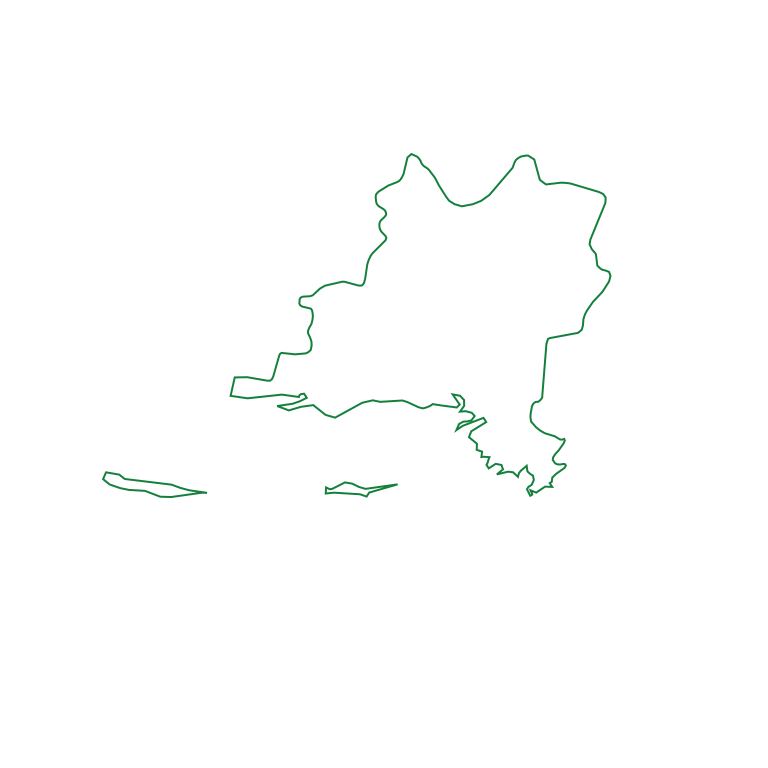 outline of Šibensko-Kninska, rotated 327°
{"feature_id": "HRV-1491", "entity_name": "Šibensko-Kninska", "entity_type": "County", "adm_level": 1, "iso_a3": "HRV", "parent_name": "Croatia", "parent_adm1": "", "projection": "orthographic", "projection_center": [15.941, 43.766], "detail": "fine", "context": "isolated", "style": "outline", "palette": "green", "viewbox_px": 768, "rotation_deg": 327, "n_neighbors": 0, "source": "natural_earth", "source_scale": "10m", "svg_char_len": 3694}
<svg xmlns="http://www.w3.org/2000/svg" viewBox="0 0 768 768"><g transform="rotate(327 384 384)"><path d="M471.4,557.4L469.0,557.4L469.0,561.9L463.2,557.8L452.5,558.0L449.0,552.9L448.7,554.0L448.7,556.0L448.1,557.5L445.8,557.4L446.6,550.1L449.2,548.9L452.9,549.0L457.4,546.1L459.0,542.0L457.6,538.9L456.7,535.4L459.1,530.3L451.3,531.3L448.5,532.3L445.8,534.8L444.2,528.4L440.3,525.1L429.4,521.3L437.3,520.4L438.4,515.9L434.2,511.8L425.9,511.8L425.9,507.7L428.1,506.4L430.5,504.3L432.6,502.8L427.8,499.2L425.9,498.3L429.4,494.2L425.9,489.7L429.4,484.7L426.3,474.9L431.4,471.2L449.0,471.6L449.0,466.6L427.5,462.0L419.6,462.1L425.3,458.4L430.0,458.8L433.9,460.9L437.6,462.1L442.6,460.2L441.9,455.9L437.7,451.3L432.7,448.6L439.3,446.0L442.4,441.1L441.4,435.3L435.9,430.1L436.3,442.5L432.2,443.3L420.5,433.3L413.9,427.4L410.6,427.5L406.2,426.6L403.3,425.6L400.3,422.3L393.7,411.8L390.5,407.9L371.1,396.9L365.7,391.6L355.6,387.9L324.7,385.6L318.2,378.1L313.2,363.2L301.9,357.9L289.8,354.3L282.4,344.3L296.6,350.8L304.2,352.7L311.7,353.5L311.7,348.6L308.9,347.3L307.0,347.4L305.9,348.1L305.5,348.5L292.6,337.3L261.8,321.7L248.9,310.4L262.4,297.2L273.0,303.8L288.0,317.7L290.0,319.1L292.5,319.0L295.2,317.4L311.5,303.2L313.2,302.1L315.0,302.1L325.6,310.7L335.0,315.7L337.9,316.1L341.0,315.6L344.3,312.3L346.2,309.0L347.2,305.4L347.7,301.8L348.0,299.9L349.4,297.9L351.8,296.2L356.0,294.0L358.9,291.3L361.4,288.2L362.9,285.3L363.8,282.8L363.8,281.3L363.0,280.2L357.5,274.4L356.6,272.2L356.8,270.5L359.4,267.0L361.0,266.2L363.2,266.4L369.8,270.1L372.5,270.8L382.2,269.1L388.1,269.4L405.0,275.6L406.8,277.0L416.2,287.5L417.9,288.7L419.1,289.3L420.4,289.1L422.3,288.3L425.4,285.6L435.1,274.6L438.5,271.8L442.7,269.2L446.0,268.0L463.5,264.3L465.7,262.5L465.8,260.4L464.8,255.2L464.8,253.1L465.3,250.8L466.3,248.7L467.6,246.9L469.0,245.8L470.5,245.1L475.4,244.2L477.4,243.5L478.4,242.7L479.1,241.0L479.3,238.9L478.7,236.8L476.8,233.0L476.2,231.2L476.1,229.7L476.1,229.2L476.1,228.7L476.4,227.8L477.0,226.1L479.0,222.4L480.6,220.7L483.9,219.7L495.6,219.9L504.9,221.8L506.9,222.0L508.9,221.6L511.5,220.5L514.8,218.5L527.1,206.8L532.2,206.1L535.7,211.5L536.2,214.5L536.1,217.2L535.7,218.8L535.7,220.6L536.0,222.5L536.3,223.5L536.6,224.2L536.9,224.6L538.0,227.5L538.3,229.1L539.0,237.8L538.9,240.8L538.2,247.4L538.1,260.6L538.4,265.8L541.1,271.6L546.1,277.4L556.4,281.6L565.1,283.3L575.2,282.9L609.6,272.7L614.5,269.0L616.9,267.9L619.7,267.6L622.7,267.8L627.1,269.6L629.2,270.8L632.3,277.5L625.9,297.6L627.1,301.1L628.6,304.9L641.8,311.4L645.3,313.8L649.6,317.4L668.8,340.0L671.3,344.0L671.4,348.4L668.3,352.7L635.6,375.4L632.5,378.8L631.7,384.1L632.1,387.3L632.5,389.4L632.2,391.0L627.4,400.9L628.2,404.6L629.2,406.9L631.7,409.6L633.8,412.6L632.8,416.7L628.6,420.6L617.3,425.7L604.1,428.9L593.7,433.2L590.0,435.4L586.6,438.2L582.6,443.4L579.4,446.2L574.6,446.8L548.3,435.9L546.1,435.5L542.0,438.9L509.1,481.7L506.1,482.7L503.8,482.9L501.2,481.6L498.8,481.7L496.0,483.2L490.5,489.1L488.4,492.2L486.9,495.9L488.0,503.2L489.7,508.3L492.0,512.8L498.7,520.8L501.3,526.2L502.9,527.6L505.2,528.2L504.9,529.8L502.6,531.5L494.4,534.8L489.9,535.9L486.1,537.5L484.2,539.5L484.3,543.8L485.8,546.0L488.2,547.6L490.6,548.6L492.0,549.6L492.2,551.3L489.8,552.7L479.4,553.1L474.2,554.1L471.4,557.4L471.4,557.4ZM112.6,315.8L114.9,322.5L151.0,352.7L156.7,360.3L162.8,367.1L176.3,378.9L172.1,376.0L144.0,362.9L135.0,356.7L125.3,343.4L112.4,333.9L106.1,327.7L99.2,318.9L96.6,310.8L102.8,306.7L112.6,315.8ZM311.4,461.9L340.8,475.6L312.5,467.0L308.1,468.9L303.8,463.4L283.0,448.0L275.5,444.1L279.1,439.2L281.1,442.6L283.1,443.7L297.7,445.3L303.1,450.3L307.0,456.8L311.4,461.9Z" fill="none" stroke="#15803d" stroke-width="2"/></g></svg>